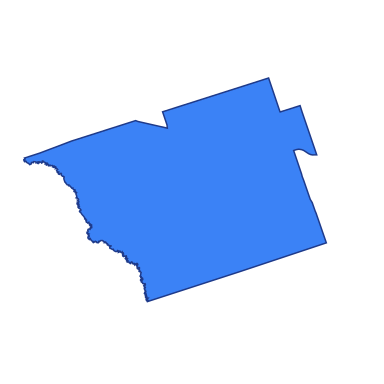 Monash, Victoria, Australia (Equal Earth projection), rotated 153°
{"feature_id": "25037944B65284638011134", "entity_name": "Monash", "entity_type": "district", "adm_level": 2, "iso_a3": "AUS", "parent_name": "Australia", "parent_adm1": "Victoria", "projection": "equal_earth", "projection_center": [145.196, -37.897], "detail": "fine", "context": "isolated", "style": "filled", "palette": "blue", "viewbox_px": 384, "rotation_deg": 153, "n_neighbors": 0, "source": "geoboundaries", "source_scale": "gbopen_adm2", "svg_char_len": 6096}
<svg xmlns="http://www.w3.org/2000/svg" viewBox="0 0 384 384"><g transform="rotate(153 192 192)"><path d="M89.7,128.0L90.0,131.7L87.2,151.7L86.8,155.7L86.2,158.4L82.6,182.8L79.8,182.4L77.8,181.8L77.2,181.5L75.0,179.9L73.6,178.3L70.7,173.2L69.3,171.5L67.9,170.4L64.0,168.5L57.6,213.2L56.5,219.9L77.1,223.3L77.1,224.1L72.0,258.8L181.8,276.8L183.7,263.9L183.8,263.1L185.0,260.1L208.3,279.5L209.8,281.2L276.2,292.1L310.0,295.8L325.7,298.3L325.6,297.9L325.7,297.2L327.1,297.2L327.4,296.9L327.3,296.3L327.5,295.7L327.4,295.0L327.2,295.0L326.7,295.6L325.8,294.5L325.8,294.4L326.1,294.1L325.5,292.7L324.7,291.8L324.1,290.0L323.3,290.1L322.5,290.0L321.6,291.2L320.1,290.2L319.8,290.9L319.3,291.0L317.6,289.8L317.5,289.5L317.7,288.8L316.7,288.9L316.7,288.0L316.2,287.2L316.0,287.3L315.8,288.4L315.5,288.7L315.1,288.6L315.0,287.6L314.7,287.4L314.0,288.0L312.9,286.8L312.9,286.1L312.2,286.1L311.4,287.5L310.9,287.4L310.5,286.9L311.1,286.3L310.3,286.0L309.3,284.8L310.0,283.8L308.3,283.7L307.9,283.5L307.7,283.1L307.7,282.9L308.0,282.7L309.4,282.6L309.6,282.4L309.5,282.1L308.7,282.2L307.6,281.6L307.5,281.2L308.0,280.6L307.9,280.4L307.1,280.2L306.3,280.4L306.1,280.2L306.3,279.7L304.3,279.0L303.7,278.0L304.7,277.6L303.9,276.6L303.6,276.5L303.0,277.3L302.8,277.4L302.6,276.8L302.0,276.3L302.2,275.7L303.1,274.8L302.0,274.6L301.7,274.1L301.5,273.1L302.1,273.1L303.0,272.5L302.7,271.5L303.1,270.8L302.9,270.6L301.8,270.5L301.6,270.3L302.7,269.5L302.8,268.6L302.1,267.9L301.3,268.3L300.2,268.1L300.1,267.4L300.8,266.6L300.4,265.1L300.3,264.8L299.5,264.4L299.1,263.8L299.3,263.1L299.6,263.0L299.9,262.6L300.3,261.5L300.7,259.0L300.7,258.3L300.3,257.9L300.4,257.0L299.9,255.0L298.5,254.2L299.0,253.5L297.8,252.5L297.8,251.6L297.4,250.9L297.4,250.0L296.4,249.6L296.8,249.1L296.5,248.5L296.4,247.7L295.5,247.3L295.3,247.0L296.5,246.2L295.7,246.0L295.5,245.7L295.6,245.3L296.3,244.9L296.3,244.2L296.1,244.0L295.3,244.2L295.1,243.8L295.8,243.4L296.3,242.7L296.5,242.3L296.4,241.5L296.9,239.9L297.7,239.5L296.9,239.1L296.9,238.9L297.4,238.1L296.8,237.9L296.4,237.5L296.4,237.0L296.9,236.3L297.2,236.4L298.1,236.1L297.6,235.6L297.3,234.6L298.0,234.6L298.5,234.1L299.2,234.5L299.4,234.4L299.8,233.7L299.8,233.1L299.6,233.0L298.8,233.7L298.5,233.7L298.4,233.5L298.5,231.8L298.8,231.7L299.3,232.0L299.6,231.9L299.9,231.4L299.3,230.8L299.1,230.4L300.3,230.3L300.5,230.0L300.2,229.0L299.6,228.7L299.2,227.2L299.1,226.4L299.5,226.0L300.0,226.4L301.0,225.9L300.9,224.8L300.5,224.5L300.2,221.8L299.5,219.3L299.4,217.6L299.8,216.8L299.0,216.6L299.1,215.7L298.7,214.8L299.0,214.4L299.5,214.7L299.6,214.1L299.8,213.1L299.2,212.5L299.0,211.7L297.9,212.0L297.6,211.8L298.2,211.3L297.8,210.4L298.3,209.4L298.2,208.8L298.0,208.7L297.1,209.5L296.4,208.1L296.6,207.9L297.1,208.2L297.3,207.9L297.4,207.5L297.1,206.5L297.2,206.2L297.7,205.7L297.9,205.8L298.2,206.7L298.5,206.9L298.7,206.6L298.7,205.9L299.6,205.1L299.8,205.0L300.1,205.7L301.5,205.9L302.3,205.2L302.3,204.4L302.5,204.0L303.0,203.7L303.8,203.8L303.7,203.4L304.3,202.9L304.2,202.6L303.3,202.1L302.9,201.5L303.9,201.5L303.5,200.0L303.6,199.3L303.9,199.1L304.0,199.8L304.3,199.9L305.5,198.6L305.6,197.6L305.3,197.2L305.1,196.4L304.3,196.9L304.0,197.0L303.7,196.8L303.9,196.0L303.7,195.3L303.8,194.7L303.4,194.1L302.9,191.7L302.4,191.7L302.3,192.3L301.9,192.5L301.2,191.7L300.5,191.9L300.3,191.3L299.7,191.1L299.8,190.4L299.7,190.0L298.5,189.3L297.8,189.5L297.7,190.3L297.4,190.4L296.8,190.0L296.2,189.9L295.8,190.2L295.4,190.2L293.8,189.4L293.4,188.9L293.5,188.0L293.0,187.5L292.1,187.1L291.5,186.3L291.5,186.1L292.1,186.1L291.6,185.8L291.5,185.1L290.8,184.4L291.4,183.8L291.4,183.3L291.1,182.9L290.4,182.7L290.3,181.4L290.1,181.2L289.5,181.4L288.6,180.7L288.8,180.5L290.0,180.5L290.7,179.5L290.6,178.9L289.9,178.4L289.0,176.9L288.1,176.7L288.2,175.3L287.2,173.7L286.7,173.4L285.5,173.0L285.0,173.7L284.8,173.7L284.4,173.1L284.5,172.6L284.2,172.3L284.9,171.6L284.4,171.5L283.2,172.2L282.8,171.7L283.0,171.2L282.5,170.0L281.5,170.3L281.8,169.6L281.1,169.2L280.9,169.0L281.0,168.5L281.6,169.0L281.5,168.5L282.0,168.0L281.8,167.3L282.5,167.3L282.5,166.6L282.7,166.2L282.4,165.8L282.1,166.3L281.6,166.3L281.4,165.5L280.9,165.0L280.5,164.8L279.8,165.1L279.6,165.0L279.9,163.4L280.2,163.0L280.5,163.0L280.7,163.6L281.7,163.0L281.6,162.6L280.9,162.7L280.0,162.0L281.0,161.7L280.6,161.1L281.5,160.6L281.6,160.3L281.3,160.0L280.5,160.0L280.3,159.9L280.6,159.5L281.3,159.4L281.5,159.0L280.0,158.2L280.0,157.4L279.7,157.2L279.5,156.3L279.2,156.1L279.0,156.3L279.0,156.9L278.8,157.1L278.0,156.6L277.6,157.1L277.4,157.0L277.1,156.4L277.3,155.5L277.1,154.5L276.0,154.7L275.6,154.2L276.0,153.1L275.4,153.3L275.1,152.8L275.0,152.7L274.6,153.0L274.6,153.4L273.5,153.4L273.3,153.2L273.7,152.9L273.4,152.8L273.2,152.4L273.2,152.0L273.6,151.6L274.0,151.6L274.3,152.0L274.7,151.8L274.5,151.2L274.9,150.5L274.7,150.1L275.4,149.3L275.4,148.4L275.1,148.1L274.8,148.2L274.5,149.2L273.2,148.5L273.4,147.9L274.5,146.9L274.2,146.3L274.2,146.1L275.1,145.6L275.2,145.3L275.0,144.9L274.3,145.0L273.9,143.3L274.5,142.8L274.9,142.1L275.8,141.0L276.3,140.8L276.5,140.5L276.3,140.0L275.8,139.7L276.5,139.0L276.4,138.2L276.2,138.0L276.0,138.4L275.7,138.4L274.9,137.4L275.6,137.7L276.0,137.5L276.0,137.2L275.4,136.9L275.6,136.4L277.6,137.2L277.9,136.9L277.7,136.0L277.1,136.4L276.7,136.1L276.8,135.7L278.0,135.0L277.9,134.8L277.3,134.9L277.6,134.1L277.3,133.4L277.4,132.8L276.0,131.8L275.4,131.6L275.6,130.5L275.8,130.3L276.3,130.2L276.4,130.8L277.3,130.6L277.6,130.4L277.3,129.0L277.8,128.4L277.4,128.4L277.1,128.7L276.9,128.5L276.9,128.1L277.8,127.6L278.6,126.7L278.6,126.1L278.1,125.6L278.6,125.0L278.3,124.5L279.5,124.1L280.5,123.2L280.4,122.9L279.9,123.0L279.5,123.2L279.1,123.6L279.0,122.8L279.1,122.5L279.7,122.0L280.3,121.7L280.8,120.4L280.8,120.2L280.5,120.1L279.6,120.5L279.8,119.7L281.1,119.0L280.9,118.8L280.1,118.8L280.2,118.6L280.8,118.3L280.8,117.8L279.8,117.7L279.3,117.4L280.7,116.9L281.6,117.2L281.8,116.2L281.6,116.1L281.1,116.5L280.3,115.3L280.6,115.0L282.2,114.7L185.3,99.3L95.4,85.7L91.2,115.8L91.1,116.2L90.9,119.2L89.7,128.0Z" fill="#3b82f6" stroke="#1e3a8a" stroke-width="1.5"/></g></svg>